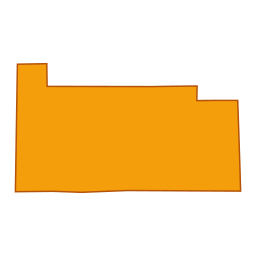 Sandusky, Ohio, United States of America (Mercator projection)
{"feature_id": "52423323B66860409179158", "entity_name": "Sandusky", "entity_type": "district", "adm_level": 2, "iso_a3": "USA", "parent_name": "United States of America", "parent_adm1": "Ohio", "projection": "mercator", "projection_center": [-83.077, 41.377], "detail": "fine", "context": "isolated", "style": "filled", "palette": "amber", "viewbox_px": 256, "rotation_deg": 0, "n_neighbors": 0, "source": "geoboundaries", "source_scale": "gbopen_adm2", "svg_char_len": 335}
<svg xmlns="http://www.w3.org/2000/svg" viewBox="0 0 256 256"><path d="M240.6,191.1L240.1,173.1L238.9,135.7L237.7,100.4L216.2,100.4L196.8,100.6L197.1,86.0L164.0,86.4L163.5,86.4L152.3,86.6L47.1,86.4L46.8,63.7L17.4,64.2L15.4,191.7L52.9,191.3L81.5,192.3L127.4,190.5L240.6,191.1Z" fill="#f59e0b" stroke="#b45309" stroke-width="1.5"/></svg>